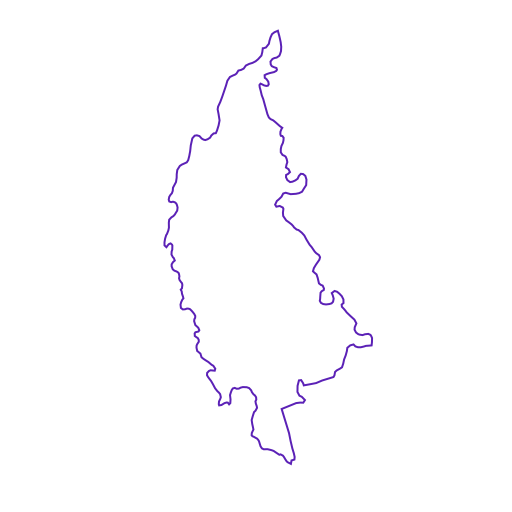 the district of Mazyr, Gomel, Belarus, rotated 253°
{"feature_id": "67162791B88851399193905", "entity_name": "Mazyr", "entity_type": "district", "adm_level": 2, "iso_a3": "BLR", "parent_name": "Belarus", "parent_adm1": "Gomel", "projection": "robinson", "projection_center": [29.026, 51.973], "detail": "fine", "context": "isolated", "style": "outline", "palette": "violet", "viewbox_px": 512, "rotation_deg": 253, "n_neighbors": 0, "source": "geoboundaries", "source_scale": "gbopen_adm2", "svg_char_len": 5645}
<svg xmlns="http://www.w3.org/2000/svg" viewBox="0 0 512 512"><g transform="rotate(253 256 256)"><path d="M136.7,340.4L139.7,341.7L143.6,343.0L145.6,342.8L147.1,342.4L148.7,340.6L149.3,337.3L149.2,334.8L150.6,331.9L151.5,330.8L153.6,329.3L156.7,328.7L159.0,329.6L162.2,332.3L166.4,331.5L171.1,328.7L175.6,326.2L177.6,325.5L179.7,324.6L182.3,323.3L184.5,323.7L185.4,325.9L188.9,326.9L192.5,326.3L195.5,324.8L198.1,323.1L199.6,320.9L198.4,317.6L196.1,317.9L192.5,317.8L189.7,316.3L188.6,314.4L188.6,312.2L189.2,308.8L190.4,306.2L192.2,304.4L194.5,303.9L196.0,304.7L198.7,305.7L202.0,307.0L203.1,308.5L203.7,310.9L205.0,311.5L208.2,311.1L209.4,309.6L211.4,308.2L217.0,308.6L220.7,308.5L223.0,307.0L224.7,306.0L227.5,307.8L230.2,310.8L232.0,313.1L233.9,315.5L236.1,316.9L238.4,316.5L241.1,314.4L243.1,313.4L248.3,311.8L251.0,310.6L256.8,309.1L261.5,308.2L264.9,306.6L268.4,304.2L269.4,302.6L272.3,300.7L273.5,300.4L275.8,299.3L278.9,297.1L281.2,295.3L286.3,293.7L289.5,294.4L293.1,296.0L294.5,295.8L296.9,293.3L297.2,289.9L299.5,289.3L302.5,292.0L303.5,294.4L305.2,297.7L307.8,300.3L307.8,302.9L306.3,305.2L305.0,307.2L303.8,312.4L303.5,315.6L304.0,318.8L306.6,321.7L309.1,324.7L314.3,326.6L318.2,326.6L320.6,325.0L321.5,322.9L320.0,320.4L317.7,318.4L316.8,315.7L316.4,312.6L316.7,310.2L319.4,308.2L322.5,307.7L324.7,308.5L325.1,310.6L326.3,313.0L329.5,312.5L331.9,310.5L334.5,311.9L336.6,313.4L339.7,313.7L342.3,313.4L343.4,312.6L344.9,310.9L347.9,310.0L351.1,311.0L353.8,312.5L356.3,314.8L358.6,316.1L361.0,317.0L363.0,316.3L363.7,314.9L365.4,314.9L367.7,315.7L370.2,317.7L370.9,318.6L373.2,316.8L376.0,315.1L378.3,313.7L380.7,312.1L382.7,309.9L384.7,308.8L388.2,308.4L392.5,308.5L396.9,308.6L403.8,308.8L408.0,308.5L412.8,308.8L416.3,308.9L418.5,309.3L419.5,310.7L418.3,312.1L416.8,313.6L415.6,315.6L415.4,317.2L416.5,318.4L419.2,318.7L422.2,317.7L423.8,316.5L426.4,317.1L426.8,319.2L426.9,322.4L426.6,327.0L427.1,329.5L428.0,330.5L429.8,330.5L431.2,328.5L432.9,326.6L434.9,326.1L437.7,326.7L439.6,329.3L439.9,331.4L439.7,333.8L440.7,336.9L442.3,338.2L444.6,339.8L448.7,341.3L453.2,342.1L456.8,342.4L459.7,342.6L463.6,342.7L465.0,342.8L464.6,339.1L463.5,336.2L460.8,333.8L457.7,331.7L455.2,330.4L452.5,326.5L452.5,323.4L452.6,323.2L449.1,321.6L446.1,319.8L443.5,315.4L442.3,312.5L441.7,309.1L441.7,305.6L441.1,302.0L438.8,299.0L438.3,296.1L438.5,293.4L436.2,290.7L435.6,289.2L435.3,286.3L434.8,283.4L432.0,279.9L427.7,277.1L422.4,273.3L418.1,270.2L413.8,266.9L409.9,263.4L407.5,262.2L402.7,261.7L396.3,260.8L391.8,258.4L387.4,255.4L385.2,253.5L385.6,251.3L384.3,248.5L382.6,246.7L381.8,243.9L381.7,241.4L382.6,239.9L384.2,238.4L387.2,237.0L388.7,234.7L389.0,232.5L387.1,229.5L380.9,226.0L375.5,223.7L371.1,221.4L367.5,219.2L365.8,217.2L365.5,215.1L365.1,211.8L364.4,209.5L361.3,205.9L357.4,204.1L354.0,203.0L350.1,201.1L345.6,196.6L342.6,195.4L340.6,193.9L339.4,192.0L337.9,190.3L335.4,189.0L333.5,189.0L332.3,190.6L332.2,192.5L331.1,194.1L329.5,195.1L327.8,195.3L325.3,195.2L322.4,193.9L320.6,191.8L319.4,190.5L318.3,188.6L317.7,186.4L316.1,183.6L313.4,182.4L308.5,181.0L306.0,179.6L303.1,177.3L302.2,176.2L299.1,174.1L295.9,172.5L292.9,171.6L290.6,172.9L292.1,174.9L292.9,176.4L293.0,178.0L291.4,179.0L290.5,179.1L286.6,177.8L284.9,176.6L282.1,175.6L279.0,176.2L278.0,176.8L275.4,177.0L274.4,174.8L272.7,172.9L270.9,172.3L267.6,172.5L265.8,173.7L264.6,175.3L263.7,176.2L262.5,177.0L261.3,177.1L258.9,176.8L257.8,176.2L257.1,175.9L255.3,175.9L253.0,176.7L251.6,177.3L249.8,177.1L246.7,175.7L245.8,174.2L243.9,174.6L241.5,174.2L238.6,174.3L236.7,174.2L235.8,172.8L233.8,171.0L231.6,169.6L228.3,169.0L226.3,170.4L225.8,172.5L225.9,174.7L225.3,176.2L224.5,177.3L222.5,178.4L220.7,179.2L218.6,180.0L216.4,180.4L214.6,179.7L213.6,178.6L211.8,177.8L209.6,177.8L207.7,177.8L205.7,179.0L204.3,179.8L201.6,180.1L200.6,178.9L200.8,175.8L199.9,174.7L197.4,174.1L195.9,175.2L194.4,176.4L192.5,176.7L190.7,176.2L190.0,175.3L188.8,173.9L187.7,173.0L185.8,172.3L182.4,172.0L178.9,174.3L175.1,174.3L173.0,175.7L170.7,177.6L168.5,179.5L165.0,181.7L163.5,183.1L160.1,184.1L158.4,183.0L159.1,181.3L160.0,179.1L159.8,177.4L158.5,175.1L156.3,174.3L154.2,174.8L151.7,175.7L149.6,176.5L146.2,177.3L141.5,178.2L138.1,179.5L136.2,180.6L134.4,181.3L131.3,181.1L130.0,180.2L127.7,178.1L125.2,177.1L123.9,177.1L123.6,179.4L124.1,181.3L124.5,182.8L124.5,185.1L124.0,186.2L122.0,186.9L122.8,188.4L126.3,189.7L130.6,190.5L132.8,192.0L134.9,193.6L136.1,195.1L136.1,197.1L134.7,198.7L134.2,200.8L134.6,202.8L134.5,205.1L133.8,207.1L133.2,208.8L131.7,210.8L129.0,212.1L126.9,212.3L124.4,213.2L123.0,214.2L120.9,214.8L118.6,214.3L117.2,213.0L115.0,212.7L112.2,212.8L110.5,212.6L108.2,210.3L107.3,208.5L103.7,206.0L100.4,203.9L96.5,203.3L93.9,203.1L90.8,202.8L89.4,201.5L87.9,200.2L85.8,199.4L84.7,199.9L83.7,201.1L82.3,202.4L81.1,203.6L79.6,204.3L78.1,204.7L75.0,204.7L72.7,204.7L70.3,205.4L68.9,206.9L68.4,208.7L67.9,210.5L66.8,212.4L65.7,214.2L64.4,215.9L62.4,217.5L59.1,220.2L59.1,221.5L57.2,223.4L55.5,224.0L53.0,224.6L50.9,225.2L49.6,225.9L47.7,227.9L47.0,228.6L50.1,230.2L50.1,233.2L52.5,234.2L56.3,234.5L61.4,234.5L69.0,235.0L76.9,235.8L84.8,235.8L90.6,235.8L96.1,235.8L102.2,235.8L103.6,251.4L102.9,255.4L101.9,258.3L103.9,260.7L108.0,258.6L109.7,256.7L113.9,255.9L119.7,257.8L124.5,260.7L124.1,262.9L120.4,263.9L118.3,263.9L117.6,269.8L116.9,276.3L117.6,283.0L117.6,291.0L117.6,294.7L118.9,296.1L122.0,297.7L123.0,299.8L123.7,303.3L124.4,305.7L127.5,307.9L131.3,310.0L134.7,312.7L138.5,315.1L141.5,316.5L143.0,320.0L142.9,323.4L140.5,324.6L139.0,326.7L138.1,329.4L137.9,332.5L137.9,334.9L137.0,338.9L136.7,340.4Z" fill="none" stroke="#5b21b6" stroke-width="2"/></g></svg>